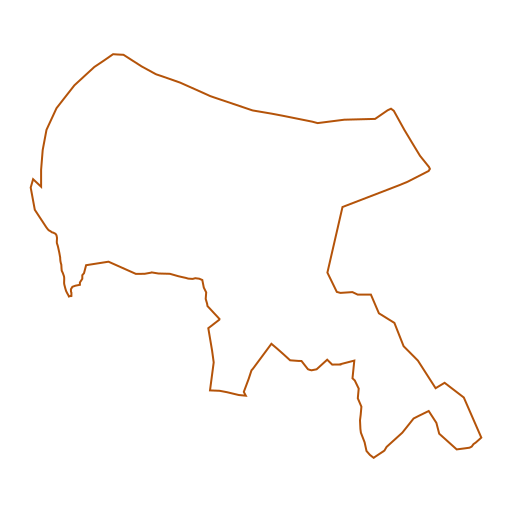 outline of Guma, Benue, Nigeria
{"feature_id": "59680162B47044873054392", "entity_name": "Guma", "entity_type": "district", "adm_level": 2, "iso_a3": "NGA", "parent_name": "Nigeria", "parent_adm1": "Benue", "projection": "equal_earth", "projection_center": [8.727, 7.86], "detail": "fine", "context": "isolated", "style": "outline", "palette": "amber", "viewbox_px": 512, "rotation_deg": 0, "n_neighbors": 0, "source": "geoboundaries", "source_scale": "gbopen_adm2", "svg_char_len": 2353}
<svg xmlns="http://www.w3.org/2000/svg" viewBox="0 0 512 512"><path d="M429.9,168.9L429.0,167.0L420.0,155.8L411.8,142.3L409.3,138.1L404.3,129.8L396.4,115.5L393.8,110.8L391.0,108.7L387.6,110.3L375.1,118.9L344.3,119.7L317.6,123.1L312.4,121.7L283.0,115.8L271.9,113.7L253.0,110.5L252.2,110.3L214.0,97.4L210.0,96.0L207.2,94.7L180.1,82.6L162.1,76.3L156.4,74.4L155.5,74.0L141.6,66.4L123.5,54.8L117.6,54.5L113.1,54.2L111.9,55.0L104.3,60.3L94.3,67.0L74.4,85.3L67.9,93.6L62.8,100.1L56.5,108.2L46.5,129.8L42.7,150.0L41.1,169.8L41.1,186.7L33.1,179.2L30.7,187.6L34.8,209.8L46.3,227.3L47.9,229.4L48.8,230.3L50.6,231.3L51.9,232.3L53.4,232.7L55.5,233.8L56.5,235.3L57.0,237.9L56.9,239.9L56.8,241.9L56.9,243.2L57.7,245.6L58.1,247.2L59.3,252.7L60.2,257.7L60.2,258.8L60.4,260.9L60.7,262.5L61.0,263.7L61.3,264.6L61.4,266.1L61.5,268.3L61.6,269.2L61.7,270.6L62.9,273.2L64.0,276.4L64.2,277.9L64.2,279.4L64.1,283.1L64.3,284.5L65.3,288.4L66.1,291.0L67.2,293.2L68.5,295.5L68.9,296.5L70.4,296.0L71.1,296.1L71.4,296.0L71.4,292.6L71.0,291.8L70.9,289.3L72.4,286.8L75.4,285.7L79.9,284.8L79.9,282.5L82.3,278.8L82.3,275.2L84.0,273.2L86.1,265.2L108.5,261.7L135.9,273.9L144.7,273.8L151.3,272.6L151.6,272.4L158.4,273.5L162.1,273.6L169.9,273.8L178.3,276.2L182.2,277.1L185.8,277.9L188.2,278.6L190.9,278.8L192.7,278.9L195.3,278.2L199.2,278.7L202.3,280.0L203.8,287.6L206.2,292.4L205.7,298.9L207.1,303.7L207.5,306.1L219.5,319.0L219.3,319.7L208.3,328.2L212.1,350.7L213.7,362.4L210.0,390.4L219.7,390.8L227.0,392.2L238.7,395.0L245.8,395.7L243.8,391.9L248.7,378.8L251.5,370.3L252.8,368.9L271.4,343.8L277.2,348.7L283.3,354.1L290.1,360.3L298.1,360.9L301.5,361.0L307.9,369.2L309.5,369.8L311.5,370.3L316.6,369.3L327.2,359.7L332.2,364.6L336.5,364.5L340.4,364.5L340.4,364.2L354.3,360.6L352.5,378.3L354.8,380.5L358.7,388.6L357.8,398.3L361.4,406.7L360.7,414.7L360.0,420.3L360.4,428.9L360.9,432.7L364.6,442.3L366.5,451.0L369.8,454.8L373.6,457.8L384.4,450.6L386.6,446.9L402.3,432.7L413.6,418.5L418.7,415.9L428.7,411.0L436.4,422.9L439.2,433.7L456.7,449.4L464.5,448.4L469.5,447.7L471.7,446.6L473.5,444.1L475.7,442.6L481.3,437.6L463.8,397.5L444.6,382.8L435.6,388.2L417.9,360.6L403.6,346.2L394.4,322.9L378.9,313.3L370.9,294.6L357.7,294.6L352.4,292.1L340.4,292.9L336.8,291.9L327.4,272.6L342.5,207.0L399.5,185.1L407.5,181.8L424.5,173.1L428.6,171.0L429.9,168.9Z" fill="none" stroke="#b45309" stroke-width="2"/></svg>